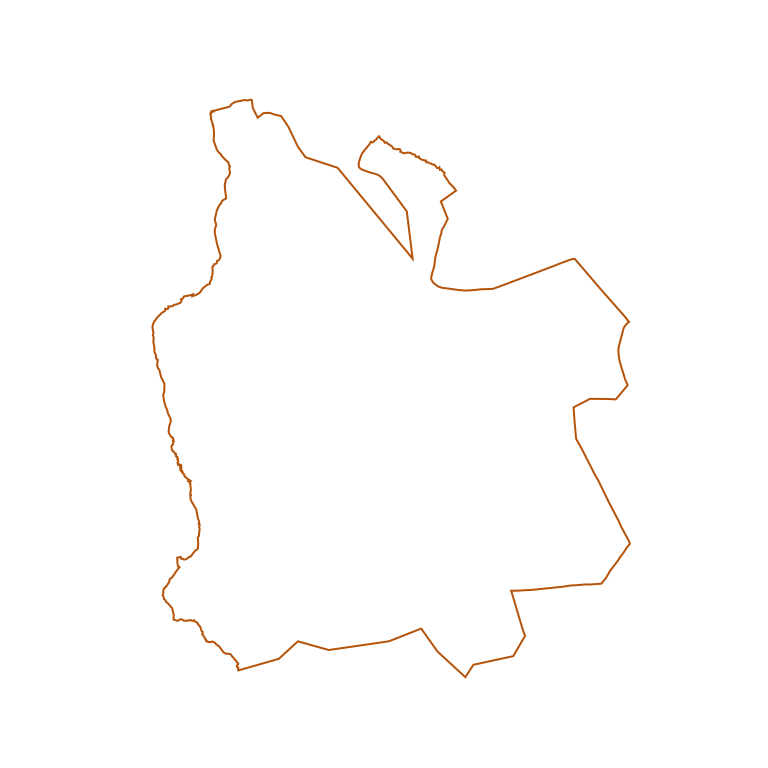 the district of Leikanger nor, Sogn og Fjordane, Norway, rotated 81°
{"feature_id": "86288312B45194793520857", "entity_name": "Leikanger nor", "entity_type": "district", "adm_level": 2, "iso_a3": "NOR", "parent_name": "Norway", "parent_adm1": "Sogn og Fjordane", "projection": "orthographic", "projection_center": [6.794, 61.244], "detail": "fine", "context": "isolated", "style": "outline", "palette": "amber", "viewbox_px": 768, "rotation_deg": 81, "n_neighbors": 0, "source": "geoboundaries", "source_scale": "gbopen_adm2", "svg_char_len": 6125}
<svg xmlns="http://www.w3.org/2000/svg" viewBox="0 0 768 768"><g transform="rotate(81 384 384)"><path d="M204.3,282.6L201.1,284.2L196.0,287.8L187.2,291.9L184.8,291.1L183.0,293.0L181.2,293.5L181.3,295.3L178.6,295.4L179.1,296.3L179.1,297.2L178.7,298.1L176.9,298.7L176.0,299.6L175.1,300.1L174.7,301.9L173.8,302.9L173.0,304.7L172.1,305.6L171.7,307.5L169.9,307.5L169.7,309.0L169.1,309.4L168.7,311.2L166.9,313.1L166.5,314.0L164.7,314.1L164.8,316.8L162.1,317.8L161.7,319.6L160.0,321.5L159.1,324.2L159.3,327.9L158.4,329.7L157.5,330.7L157.1,331.6L156.2,331.2L155.3,331.2L154.4,331.7L154.1,335.3L152.8,338.1L151.0,338.6L146.6,343.3L145.7,343.8L145.8,345.6L144.0,346.1L141.4,348.9L138.5,350.2L140.2,352.5L141.5,353.6L142.2,355.3L143.4,357.2L143.6,357.9L142.8,359.2L143.1,359.5L144.7,360.6L151.3,368.0L153.4,370.0L157.9,372.6L162.5,374.6L165.8,374.8L167.3,373.8L168.8,372.2L172.8,364.9L175.6,358.7L177.2,356.4L179.1,354.5L181.4,353.0L217.0,334.5L264.7,336.1L163.2,396.0L147.8,426.0L136.0,432.0L115.0,438.2L103.3,443.7L100.2,451.1L98.3,454.3L97.6,460.6L101.2,467.1L90.8,470.4L83.7,470.1L82.4,470.5L82.6,474.9L81.7,476.8L82.1,486.8L83.1,489.4L84.0,491.2L85.9,493.0L87.5,508.8L87.7,508.7L88.1,509.0L87.8,509.5L87.5,508.9L87.5,510.1L87.8,510.2L87.6,510.5L88.6,511.4L86.7,511.4L88.5,511.7L88.6,511.8L88.5,512.4L88.6,512.7L90.9,513.4L92.9,512.9L94.6,513.4L101.9,512.3L101.9,512.7L104.3,512.3L109.7,512.6L116.8,514.2L126.7,512.4L130.1,510.5L131.7,509.0L133.5,508.5L137.7,505.6L140.6,503.2L144.3,502.6L145.2,502.1L145.7,502.8L147.5,503.2L151.1,503.0L153.0,503.9L155.4,505.7L156.2,507.0L157.6,508.3L162.4,510.1L166.6,510.6L173.8,510.7L176.0,510.9L177.3,514.4L178.7,516.0L180.0,516.6L181.6,518.6L186.2,521.8L194.9,525.4L200.9,524.8L204.4,526.8L208.1,527.5L219.9,527.0L232.1,525.3L234.5,526.6L235.9,527.9L236.4,529.7L238.2,530.1L238.7,530.5L239.2,533.2L240.4,533.6L241.1,535.0L246.4,535.7L251.0,536.9L251.7,537.9L253.4,537.7L255.8,539.9L257.6,540.3L258.1,540.8L258.1,542.6L261.0,547.9L264.8,551.4L265.7,553.2L266.7,555.9L267.3,559.5L265.5,558.7L266.0,560.5L266.2,567.8L268.1,569.5L268.6,571.3L269.5,570.8L271.8,572.1L272.9,576.6L273.0,579.3L273.9,580.2L274.0,583.8L273.6,584.8L275.4,585.2L275.9,585.6L276.0,587.4L275.5,588.3L277.4,588.7L277.8,589.2L278.8,591.9L279.8,593.6L280.7,594.5L281.7,596.3L285.0,599.8L286.9,601.6L289.4,603.1L292.2,603.9L297.6,603.7L299.5,604.6L302.3,604.2L303.5,604.7L306.7,605.2L312.2,605.1L316.5,605.8L319.6,604.8L322.0,605.1L324.2,604.7L324.5,603.8L325.0,603.6L330.0,605.2L333.6,604.6L334.6,603.7L342.3,603.1L349.4,600.8L357.7,602.4L360.1,603.8L366.5,603.9L372.2,603.2L375.8,602.2L378.6,602.1L385.1,600.2L387.5,600.4L392.3,602.8L397.5,604.2L398.8,604.1L401.9,603.0L403.8,601.8L403.7,601.3L405.9,600.5L406.5,600.6L406.7,601.1L407.5,600.6L407.7,601.1L408.1,600.9L409.1,601.5L410.3,601.7L410.7,602.0L410.9,602.6L412.3,603.7L415.5,603.8L417.2,603.3L417.2,602.7L418.5,602.1L419.7,601.2L420.4,601.2L420.7,600.8L420.5,600.5L422.1,600.1L422.1,599.8L422.6,600.8L423.9,600.1L423.9,599.5L425.9,599.2L426.4,599.9L427.5,599.3L428.7,599.4L429.4,600.3L431.7,600.0L431.3,598.9L432.0,598.7L432.1,597.8L432.5,597.7L432.4,597.1L432.6,597.0L433.8,597.3L434.0,599.1L434.2,598.4L434.7,598.3L435.0,597.7L435.3,598.2L436.2,598.7L437.2,598.5L437.0,597.6L438.1,597.7L438.0,597.2L438.7,596.9L439.2,597.2L439.4,596.7L440.9,596.7L441.1,596.0L443.1,595.4L443.7,595.5L444.4,595.2L444.7,594.5L445.5,594.2L447.4,592.3L447.8,592.5L448.2,591.8L448.3,592.1L449.2,591.8L449.3,591.5L449.4,591.9L449.6,591.5L450.2,591.7L451.0,591.5L450.9,591.0L451.3,591.3L452.5,590.8L452.6,591.0L453.5,591.1L457.3,591.2L459.8,591.6L460.5,592.3L462.7,592.4L463.0,592.0L464.0,592.2L464.2,592.5L464.1,592.8L467.0,593.0L470.1,592.4L478.5,589.1L487.5,588.8L491.0,588.2L492.8,588.5L493.2,588.9L493.3,588.8L493.3,588.2L494.6,588.1L496.2,589.0L497.7,588.7L505.1,590.6L506.4,591.9L512.9,592.5L516.1,593.4L517.5,593.5L519.1,596.4L521.3,599.1L524.1,601.7L524.2,603.5L525.0,604.3L526.1,607.1L526.2,608.9L525.3,609.9L524.9,611.7L523.1,611.8L523.2,615.4L529.2,616.1L531.9,616.0L532.2,615.2L533.0,614.6L535.4,617.4L542.1,623.8L543.2,626.2L545.5,626.9L548.9,629.7L549.6,630.8L550.3,631.0L551.0,632.8L551.9,633.3L553.0,634.3L556.5,634.7L557.9,635.7L559.7,635.0L561.9,635.0L563.3,633.8L565.3,633.2L567.5,631.2L572.5,628.3L579.7,627.8L583.6,628.8L585.6,625.0L585.5,624.3L584.7,622.9L584.6,621.2L585.4,619.7L586.0,619.3L586.6,618.3L586.9,616.4L587.0,614.7L586.8,613.8L587.1,613.1L586.9,612.5L587.0,611.8L587.6,611.2L588.1,609.7L587.6,608.6L589.1,607.7L590.6,605.6L592.6,605.2L594.0,604.0L595.9,603.3L599.3,602.9L600.7,601.7L602.8,602.8L603.3,602.1L604.9,601.6L606.0,600.8L607.4,600.9L608.1,599.9L609.0,599.7L609.8,600.0L610.1,599.8L610.2,599.2L610.8,599.0L610.9,598.2L611.5,597.4L611.5,596.7L611.8,595.9L611.8,595.2L611.7,594.5L611.5,593.9L612.0,592.9L613.6,591.0L615.0,590.5L616.4,588.7L617.7,587.7L624.1,584.4L625.7,582.2L626.0,580.0L626.5,578.6L627.2,577.6L629.3,576.6L631.3,575.2L632.5,574.8L633.8,573.4L635.2,573.2L637.1,571.7L638.2,572.0L638.7,572.9L639.6,573.5L640.3,573.4L641.5,572.3L643.8,572.9L644.1,572.7L639.0,530.9L624.7,509.3L638.1,480.2L638.9,419.5L631.4,385.5L656.6,373.0L686.3,349.5L675.3,339.6L673.0,298.9L654.9,284.1L646.7,285.6L608.1,290.7L609.1,283.9L609.7,277.0L610.4,271.7L612.2,238.7L612.2,231.6L612.9,224.6L613.4,217.3L614.3,211.5L615.2,200.5L609.9,194.7L604.1,190.1L595.6,181.2L591.3,177.2L588.1,173.8L583.8,170.0L580.5,166.3L578.1,166.4L562.6,171.9L555.8,173.7L536.0,180.4L512.3,187.6L506.8,189.8L478.4,199.0L468.2,202.8L451.4,201.7L436.7,200.4L432.0,186.1L430.8,183.2L433.9,164.8L435.4,157.8L435.0,156.9L423.3,143.5L417.2,145.1L398.7,147.7L394.0,147.8L387.8,147.3L384.6,146.6L366.6,138.7L365.0,137.6L361.4,133.4L361.0,132.3L354.3,136.1L327.2,153.3L290.3,176.0L290.0,178.6L292.0,189.0L293.9,197.5L304.1,246.4L307.1,261.5L305.6,273.4L305.4,278.3L304.8,286.1L304.2,290.3L303.5,292.7L303.0,295.3L301.0,301.5L298.1,311.4L296.3,315.1L292.2,319.0L290.3,320.1L287.6,321.0L285.3,320.4L281.9,319.0L275.4,315.9L267.0,313.5L256.7,309.0L247.9,305.8L243.9,303.7L241.2,303.0L236.7,299.3L230.8,295.2L212.6,299.3L204.3,282.6Z" fill="none" stroke="#b45309" stroke-width="2"/></g></svg>